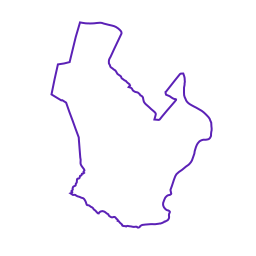 Zondoma, Zondoma, Burkina Faso, rotated 103°
{"feature_id": "67063806B77925181323544", "entity_name": "Zondoma", "entity_type": "district", "adm_level": 2, "iso_a3": "BFA", "parent_name": "Burkina Faso", "parent_adm1": "Zondoma", "projection": "natural_earth1", "projection_center": [-2.323, 13.202], "detail": "fine", "context": "isolated", "style": "outline", "palette": "violet", "viewbox_px": 256, "rotation_deg": 103, "n_neighbors": 0, "source": "geoboundaries", "source_scale": "gbopen_adm2", "svg_char_len": 4623}
<svg xmlns="http://www.w3.org/2000/svg" viewBox="0 0 256 256"><g transform="rotate(103 128 128)"><path d="M204.4,169.0L204.6,169.3L205.5,167.0L205.6,166.6L205.4,165.9L205.2,165.4L205.1,164.6L205.1,164.1L205.5,163.4L205.9,161.9L206.0,160.0L206.2,158.7L206.4,158.0L206.5,156.0L206.7,155.5L207.0,154.9L208.1,153.7L208.7,153.2L209.1,152.8L212.0,151.0L212.3,150.4L212.2,148.7L212.4,148.0L213.1,146.6L213.4,145.2L213.9,144.2L214.3,143.7L215.0,143.1L215.5,141.9L216.0,140.9L216.5,140.3L217.7,138.5L217.9,138.0L217.8,137.3L217.0,137.1L216.1,136.5L215.8,136.2L215.4,135.7L214.9,134.6L214.7,134.1L214.8,132.4L215.1,131.4L216.1,129.3L216.5,127.8L217.4,127.2L218.0,126.4L218.6,124.7L218.7,123.7L218.5,123.0L217.8,121.7L217.7,120.9L217.9,120.5L218.1,120.0L219.1,118.8L219.4,118.0L219.8,117.4L220.8,117.2L220.7,116.7L220.8,116.2L222.0,114.7L223.5,112.0L223.8,112.0L224.3,111.7L224.5,111.1L224.5,110.0L224.2,108.5L224.3,108.1L224.4,107.7L223.7,107.0L223.5,106.4L223.4,104.4L223.2,102.8L223.2,101.4L223.1,100.6L223.1,100.2L222.8,99.3L222.3,97.9L222.3,97.1L222.6,96.8L222.8,96.0L222.6,95.3L222.2,94.7L221.7,94.3L220.8,94.0L220.5,93.7L220.0,93.2L219.6,92.7L219.3,92.4L219.0,91.6L218.2,89.4L216.5,84.0L215.6,79.8L215.1,78.5L214.3,76.4L214.0,75.8L213.8,75.0L213.7,74.7L213.3,74.2L213.0,73.6L212.2,72.6L211.8,72.0L211.3,71.6L211.0,71.5L210.8,71.1L210.8,70.7L210.2,70.1L209.6,69.4L209.1,68.8L208.4,68.3L207.9,68.1L207.3,68.0L206.6,67.8L205.7,67.9L204.9,68.1L204.4,68.3L203.7,68.5L203.1,68.6L202.0,68.6L201.0,68.3L200.2,68.4L199.8,68.8L199.6,69.2L199.5,69.5L199.3,70.0L199.3,70.6L199.3,71.3L199.2,71.8L198.9,72.5L198.8,73.0L198.1,73.9L197.7,74.5L197.2,75.1L196.4,75.7L195.7,76.2L194.7,76.6L193.1,76.9L189.8,76.5L187.4,76.0L185.7,75.0L184.8,74.2L184.3,73.4L184.0,72.7L183.6,72.0L183.2,71.6L182.7,71.2L182.3,71.1L181.9,71.3L181.4,71.5L180.7,71.8L179.8,72.3L178.6,72.7L174.7,72.2L168.0,71.6L164.4,71.1L162.1,70.4L161.1,69.7L159.4,68.5L156.7,66.0L155.4,65.0L152.5,62.8L150.2,60.7L148.9,59.9L147.1,59.0L145.2,58.4L141.9,58.0L138.0,57.6L135.5,57.8L131.2,57.5L128.9,57.1L127.3,56.6L125.0,55.4L124.0,54.4L123.2,53.3L122.5,52.0L122.0,49.7L121.2,47.8L120.7,46.9L120.2,46.5L119.5,46.0L118.6,45.7L117.5,45.4L116.7,45.4L115.4,45.7L113.1,46.0L111.5,46.0L109.6,46.4L107.6,47.1L104.1,48.1L101.8,49.8L100.7,50.5L99.4,51.9L98.1,53.8L96.9,55.7L95.7,57.8L94.7,60.0L93.2,64.9L92.7,66.6L92.4,67.9L91.8,70.1L91.4,71.5L90.8,73.4L90.0,75.1L89.0,76.6L88.0,77.6L86.7,78.5L85.2,79.7L83.4,80.7L80.5,81.5L76.0,82.5L73.3,82.6L71.8,82.9L70.2,83.0L68.6,83.5L66.5,84.1L64.9,84.9L62.5,86.4L62.7,87.4L63.0,88.2L63.2,88.9L63.8,89.5L70.6,92.8L79.1,96.8L84.2,99.2L84.4,99.5L85.4,99.3L87.0,98.4L87.5,95.4L87.7,94.4L88.0,93.7L88.5,92.5L89.0,91.1L89.3,89.6L89.2,88.3L89.4,87.8L89.4,87.6L89.9,87.5L90.3,87.7L90.9,88.0L91.6,88.3L102.2,93.9L108.9,97.3L112.5,99.0L112.9,99.4L113.2,99.9L113.4,101.3L113.7,103.4L113.8,104.2L109.6,104.0L108.5,104.0L107.8,104.2L107.3,104.6L106.7,105.3L106.0,106.5L104.3,109.8L103.0,112.0L101.7,114.4L100.9,115.9L100.1,117.1L98.9,118.4L97.8,119.0L96.3,119.7L95.1,120.2L94.2,121.0L93.6,122.2L93.4,123.3L92.5,124.1L91.4,126.0L91.2,126.7L91.2,128.2L91.2,129.2L90.7,130.8L90.3,131.7L88.8,133.0L88.3,133.8L88.1,134.5L88.0,136.6L87.7,136.5L86.2,135.6L86.0,135.8L85.2,136.2L84.6,137.3L84.1,138.5L83.3,139.8L82.6,140.7L82.4,142.0L81.6,143.8L81.3,144.4L81.2,144.9L80.6,145.7L79.4,146.4L78.8,147.6L78.4,148.7L77.7,150.4L77.0,151.1L76.0,152.0L75.2,152.8L74.7,153.4L74.7,153.7L73.9,155.7L73.6,156.1L72.7,158.4L72.2,159.0L70.8,159.8L69.4,161.1L67.6,161.6L66.1,161.8L64.5,161.6L62.9,161.1L59.2,160.3L54.3,159.3L41.6,156.5L37.5,155.6L36.9,155.7L36.1,156.0L35.4,156.5L34.3,158.0L33.2,160.0L32.3,162.4L31.9,164.4L31.8,166.6L31.8,170.5L31.7,175.1L31.5,177.1L31.7,178.8L32.6,181.7L33.7,184.8L34.6,188.1L35.5,192.6L35.8,196.2L35.9,198.5L51.1,199.4L76.9,199.7L79.5,204.8L81.8,210.6L97.3,210.5L112.5,210.1L114.2,205.0L116.1,199.2L115.7,198.5L115.8,198.0L117.2,194.0L125.6,188.7L133.6,183.4L140.3,179.1L148.2,173.9L150.9,173.1L167.4,167.9L169.6,167.0L171.2,166.7L172.2,166.5L173.1,166.3L174.3,165.7L175.7,164.4L177.8,161.9L178.4,161.3L179.3,160.9L179.8,161.2L180.2,161.4L180.5,161.5L180.9,161.5L181.1,161.4L181.6,160.7L182.1,161.1L182.6,161.6L183.0,162.6L184.1,162.7L184.5,162.7L185.0,163.2L185.4,163.9L187.5,164.0L187.8,164.2L188.1,164.4L188.4,164.7L188.5,165.0L188.7,165.7L189.1,166.0L189.6,166.1L192.7,165.7L194.0,166.3L195.4,166.1L196.0,166.3L197.0,167.6L197.4,168.0L198.0,168.3L199.4,168.4L200.0,168.1L200.3,168.0L201.1,168.2L201.8,168.8L202.1,168.9L202.5,168.8L202.6,168.3L202.9,167.9L203.3,167.8L203.7,168.1L204.4,169.0Z" fill="none" stroke="#5b21b6" stroke-width="2"/></g></svg>